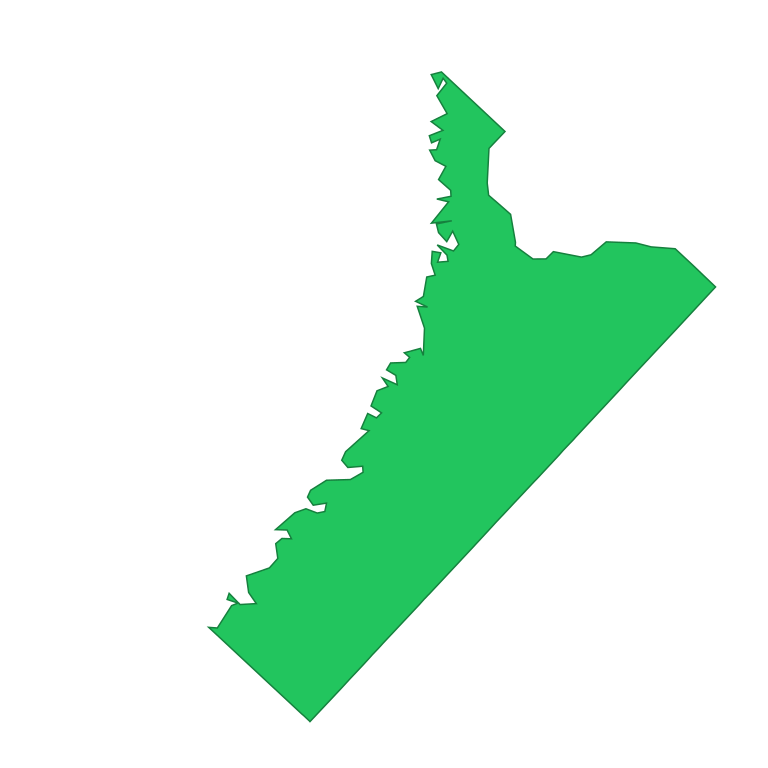 Caddo, Louisiana, United States of America, rotated 223°
{"feature_id": "52423323B55471057171446", "entity_name": "Caddo", "entity_type": "district", "adm_level": 2, "iso_a3": "USA", "parent_name": "United States of America", "parent_adm1": "Louisiana", "projection": "robinson", "projection_center": [-93.824, 32.607], "detail": "fine", "context": "isolated", "style": "filled", "palette": "green", "viewbox_px": 768, "rotation_deg": 223, "n_neighbors": 0, "source": "geoboundaries", "source_scale": "gbopen_adm2", "svg_char_len": 2120}
<svg xmlns="http://www.w3.org/2000/svg" viewBox="0 0 768 768"><g transform="rotate(223 384 384)"><path d="M207.8,186.4L207.8,186.5L207.8,186.9L207.9,193.3L207.7,246.8L207.9,254.4L207.8,255.6L207.8,259.0L207.7,261.7L207.7,268.1L207.6,322.2L207.7,349.6L207.8,358.0L207.8,360.3L207.7,373.5L207.7,376.2L207.7,382.1L207.6,415.2L207.5,418.6L207.5,449.7L207.5,451.8L207.7,457.9L207.6,466.8L207.5,471.3L207.5,472.9L207.6,475.9L207.6,477.5L207.6,481.2L207.6,482.3L207.6,483.0L207.6,505.0L207.6,508.2L207.6,533.3L207.6,533.9L207.6,539.4L207.7,553.1L207.7,560.1L207.6,627.9L207.6,628.0L207.7,665.2L207.7,681.1L239.7,681.5L263.3,681.5L282.1,666.5L296.0,658.9L318.4,639.5L320.7,619.7L326.1,611.5L350.4,596.3L350.8,586.0L360.3,577.0L382.1,574.4L384.5,577.3L407.1,594.4L423.8,593.9L436.2,593.4L445.6,601.4L467.9,627.9L467.7,651.2L554.8,651.4L560.5,642.5L545.8,637.0L549.3,647.9L543.3,646.8L542.0,630.9L522.2,624.8L528.5,608.1L513.9,609.7L520.2,596.5L513.7,592.8L509.9,601.4L505.3,591.2L510.1,586.2L498.9,582.2L487.2,585.4L483.5,570.7L467.3,571.1L463.0,567.0L471.5,555.3L461.0,561.3L459.0,534.0L445.7,549.6L454.8,536.8L447.3,531.9L435.2,530.9L438.0,542.6L424.5,537.1L423.9,528.7L439.9,522.0L425.8,521.2L420.8,517.4L427.9,509.6L431.9,518.7L439.2,513.9L431.5,504.4L420.8,498.5L425.7,491.4L414.9,474.9L417.3,466.0L404.6,470.0L412.7,463.5L392.5,452.5L374.7,431.7L381.6,434.9L390.4,420.7L383.4,421.0L382.8,414.6L393.5,403.9L391.8,396.1L381.2,398.4L373.8,392.5L389.3,387.3L379.3,385.0L384.5,374.3L378.5,359.1L366.1,361.2L366.4,354.1L375.8,351.3L370.3,335.8L363.1,339.7L365.9,308.3L362.9,299.4L353.5,298.3L343.5,309.3L339.1,305.2L343.4,291.2L360.4,274.4L365.2,256.2L362.8,249.1L353.1,247.1L344.8,257.7L340.3,250.4L344.8,244.1L356.0,239.5L361.4,229.0L364.0,203.5L355.3,211.1L346.1,207.7L353.3,201.4L354.3,193.4L342.7,184.0L342.4,171.3L353.8,149.8L340.8,139.2L327.6,136.3L338.9,124.5L354.5,125.3L351.8,119.4L341.4,124.2L344.3,118.0L339.5,91.9L346.2,86.5L219.1,86.6L216.9,86.7L212.2,86.7L208.8,86.7L207.9,86.6L207.7,132.6L207.8,145.4L207.7,165.5L207.8,173.5L207.9,178.0L207.8,186.4Z" fill="#22c55e" stroke="#15803d" stroke-width="1.5"/></g></svg>